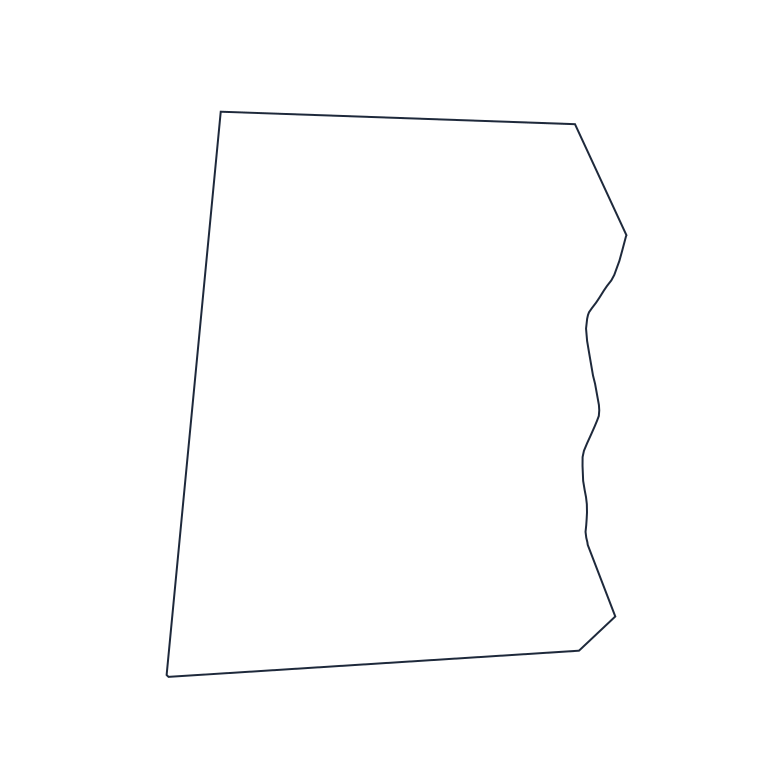 the district of Fond Capeche, Vieux Fort, Saint Lucia, rotated 260°
{"feature_id": "8701671B47563764529661", "entity_name": "Fond Capeche", "entity_type": "district", "adm_level": 2, "iso_a3": "LCA", "parent_name": "Saint Lucia", "parent_adm1": "Vieux Fort", "projection": "robinson", "projection_center": [-60.949, 13.775], "detail": "fine", "context": "isolated", "style": "outline", "palette": "slate", "viewbox_px": 768, "rotation_deg": 260, "n_neighbors": 0, "source": "geoboundaries", "source_scale": "gbopen_adm2", "svg_char_len": 753}
<svg xmlns="http://www.w3.org/2000/svg" viewBox="0 0 768 768"><g transform="rotate(260 384 384)"><path d="M135.2,119.4L134.0,120.2L133.0,121.0L87.5,529.7L114.9,571.4L190.2,556.7L192.9,556.8L197.5,556.5L203.4,556.8L209.7,558.6L215.7,560.1L222.2,561.6L230.5,562.9L237.5,563.3L244.4,563.2L254.0,563.3L268.9,565.3L277.6,566.9L283.5,569.3L290.2,573.6L298.2,579.1L305.5,584.0L310.8,587.4L315.2,590.0L320.6,591.4L326.0,592.0L347.5,591.9L356.1,591.3L379.0,591.4L391.2,591.5L403.5,592.6L413.0,595.4L416.6,596.9L419.1,598.4L422.7,602.0L427.3,607.0L431.8,611.3L437.9,616.8L441.8,620.6L446.6,625.9L451.4,629.7L457.5,633.2L464.4,637.2L474.1,641.8L487.5,648.0L488.4,648.6L606.7,617.2L680.5,270.5L135.2,119.4Z" fill="none" stroke="#1e293b" stroke-width="2"/></g></svg>